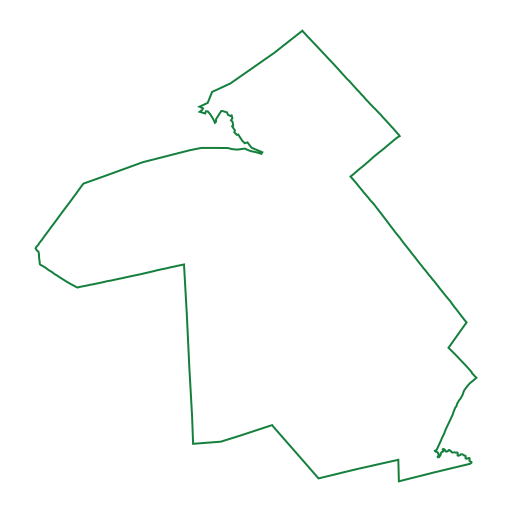 outline of Dracsenei, Teleorman, Romania
{"feature_id": "2599482B60737111178091", "entity_name": "Dracsenei", "entity_type": "district", "adm_level": 2, "iso_a3": "ROU", "parent_name": "Romania", "parent_adm1": "Teleorman", "projection": "robinson", "projection_center": [25.005, 44.217], "detail": "fine", "context": "isolated", "style": "outline", "palette": "green", "viewbox_px": 512, "rotation_deg": 0, "n_neighbors": 0, "source": "geoboundaries", "source_scale": "gbopen_adm2", "svg_char_len": 5934}
<svg xmlns="http://www.w3.org/2000/svg" viewBox="0 0 512 512"><path d="M35.6,248.4L36.2,249.3L36.6,250.1L36.9,250.4L37.3,250.8L38.0,251.2L38.3,251.6L38.5,251.9L38.7,252.8L38.8,253.9L39.0,254.2L39.0,256.3L39.1,258.2L39.4,259.9L39.6,261.5L39.7,262.4L39.7,263.1L39.8,263.8L40.0,264.3L40.2,264.6L40.6,264.9L41.5,265.4L42.4,265.8L42.9,266.1L45.5,267.7L47.2,269.0L49.0,270.3L51.0,271.5L51.9,272.0L52.8,272.7L53.7,273.4L54.8,274.2L56.7,275.3L59.4,277.1L61.1,278.2L62.4,279.0L66.2,281.4L67.9,282.4L70.8,284.1L74.2,285.9L77.3,287.5L78.2,287.4L79.7,286.9L81.4,286.6L83.9,286.1L87.6,285.4L89.7,284.9L93.5,284.2L102.2,282.4L106.7,281.3L111.3,280.5L116.7,279.3L120.5,278.5L132.0,276.0L140.2,274.3L144.0,273.4L149.3,272.2L154.8,270.9L157.3,270.2L159.9,269.7L161.3,269.3L163.1,269.0L164.4,268.7L165.2,268.6L168.1,267.9L171.4,267.1L173.6,266.7L176.6,266.0L184.0,264.5L186.8,314.1L189.3,366.9L192.1,416.5L193.1,443.8L220.7,441.7L239.6,435.8L272.1,425.1L272.7,426.0L300.3,457.5L318.5,478.4L357.7,468.9L398.3,459.8L398.9,481.3L433.8,472.5L470.0,463.8L470.3,463.6L470.7,463.3L471.3,462.9L471.5,462.6L471.4,462.0L471.1,461.8L470.4,461.5L469.9,461.1L469.5,460.8L469.4,460.3L469.5,459.6L469.7,458.7L469.6,458.3L469.3,458.1L468.9,458.0L468.4,458.1L467.4,458.5L466.5,458.7L466.0,458.6L465.7,458.5L465.5,458.2L465.5,457.8L465.6,457.2L465.7,456.5L465.7,456.1L465.5,455.9L465.2,455.7L464.2,455.5L463.8,455.2L463.2,454.7L462.7,454.4L461.7,454.3L461.1,454.3L460.8,454.3L460.3,455.0L459.9,455.2L458.5,455.7L458.1,455.7L457.8,455.6L457.6,455.4L457.6,454.8L457.7,453.7L457.7,453.1L457.6,452.8L457.2,452.6L456.7,452.5L455.4,452.6L455.1,452.5L454.7,452.3L454.3,452.3L452.6,452.5L452.2,452.5L451.9,452.4L451.7,452.2L451.4,451.9L451.2,451.6L451.0,451.3L450.5,450.9L449.7,450.2L449.4,450.1L448.9,450.0L448.7,450.1L448.6,450.5L448.1,451.0L447.5,451.3L447.0,451.5L446.5,451.5L446.1,451.5L445.8,451.4L445.6,451.2L445.6,450.9L445.5,450.6L444.1,449.2L443.6,449.0L443.3,449.0L443.0,449.1L442.7,449.3L442.7,449.6L442.9,449.9L443.4,450.5L443.5,450.9L443.4,451.2L443.1,451.5L442.0,451.9L441.7,452.2L441.4,452.5L440.9,453.3L440.7,453.7L440.7,454.1L440.7,454.5L440.6,454.8L440.4,455.2L440.0,455.9L439.2,456.9L438.9,457.2L438.5,457.3L438.1,457.3L437.9,457.2L437.7,456.6L437.9,456.4L438.4,455.9L438.7,455.4L438.8,455.0L438.7,454.6L438.6,454.3L438.3,454.0L438.2,453.8L437.9,452.8L437.7,452.4L437.3,452.1L436.8,451.9L436.2,451.7L435.8,451.7L435.6,451.7L435.2,451.4L435.0,450.9L435.4,450.9L435.6,450.9L435.9,450.4L436.2,450.3L436.5,450.0L436.5,449.6L436.7,449.4L437.0,449.2L437.7,447.7L437.8,447.5L437.8,447.1L438.0,446.8L438.8,445.3L439.2,444.3L440.4,441.7L441.1,440.1L442.2,437.5L443.7,434.5L444.3,433.3L444.8,431.8L446.0,428.8L447.1,426.5L449.8,420.8L451.1,418.0L451.7,416.7L452.5,415.1L453.1,413.4L453.3,412.5L453.7,411.5L454.2,410.4L454.5,409.4L454.8,408.7L455.0,408.2L455.5,407.4L456.1,406.6L456.4,406.3L457.0,404.2L457.2,403.6L457.9,402.4L458.6,401.1L459.5,399.8L460.5,398.6L462.7,394.6L463.8,391.2L464.7,389.6L467.7,385.7L469.7,383.4L476.4,377.8L472.0,373.2L471.7,372.2L466.4,366.2L460.6,360.1L454.7,353.9L448.5,347.8L449.8,346.0L461.0,330.2L463.0,327.4L466.6,322.4L464.6,320.1L460.2,314.4L457.7,311.1L455.1,307.8L454.4,307.0L453.5,305.7L451.9,303.6L450.3,301.2L449.3,300.1L446.0,296.2L443.8,293.4L442.3,291.5L440.3,289.1L438.4,286.6L434.8,282.0L433.9,280.9L432.9,279.8L431.8,278.4L430.1,276.3L429.0,275.1L428.1,273.8L426.5,271.8L425.3,270.3L424.1,268.9L423.2,267.9L422.1,266.3L420.2,264.0L418.9,262.4L416.1,258.8L415.4,257.8L414.7,256.9L411.5,253.0L410.0,250.9L409.0,249.7L407.8,248.2L405.9,245.8L404.8,244.4L403.2,242.4L402.1,241.0L400.6,238.9L399.7,237.6L396.7,234.0L396.0,233.1L395.4,232.4L392.5,228.5L391.0,226.6L390.1,225.4L388.6,223.4L386.4,220.4L386.0,219.9L383.8,217.1L383.1,216.1L381.9,214.6L380.5,212.7L379.3,211.3L377.9,209.3L376.7,207.9L374.5,204.9L370.1,200.0L369.2,198.9L368.3,197.6L367.5,196.8L366.3,195.4L365.5,194.3L365.3,194.1L363.6,192.3L362.6,190.9L361.7,189.8L360.6,188.5L357.9,185.2L356.6,183.6L355.1,181.8L353.5,180.0L352.7,179.0L351.7,177.9L350.9,177.1L350.5,176.5L352.0,175.4L353.9,173.8L355.5,172.4L357.1,171.0L358.6,169.7L359.3,169.1L362.0,167.0L364.5,165.0L366.3,163.3L367.8,162.1L369.5,160.6L373.8,156.7L375.3,155.5L379.7,151.9L380.4,151.4L381.7,150.4L383.9,148.6L386.5,146.4L388.5,144.7L390.3,143.2L391.8,142.0L393.7,140.3L395.5,138.9L396.8,137.9L397.8,137.2L398.6,136.7L399.7,136.1L399.1,135.2L397.6,133.6L396.4,132.1L395.4,131.0L394.1,129.5L392.8,128.0L391.2,126.4L389.7,124.6L388.3,123.1L387.1,121.8L386.1,120.7L384.8,119.3L382.0,116.3L381.0,115.0L379.8,113.8L378.8,112.8L375.1,108.9L373.5,107.4L371.9,105.7L370.8,104.7L368.4,102.0L367.3,100.9L366.6,100.2L365.3,98.7L363.4,96.4L362.2,95.3L360.5,93.4L358.6,91.2L357.3,90.0L353.4,85.6L352.4,84.5L351.6,83.6L351.0,82.9L350.3,82.2L350.0,81.7L346.5,78.4L344.8,76.4L342.6,74.0L335.1,65.7L331.3,61.6L330.3,60.6L328.2,58.4L323.8,53.6L321.0,50.7L318.4,47.9L312.8,42.0L311.0,40.1L307.2,36.1L304.0,32.6L303.1,31.7L302.4,30.7L274.3,52.8L230.3,83.5L212.1,91.9L207.7,102.9L199.5,106.7L203.0,108.3L202.2,109.9L199.7,111.8L205.2,113.5L205.9,111.3L207.8,111.4L210.1,114.1L213.2,119.0L214.9,122.8L215.9,121.9L216.1,119.1L221.2,111.1L222.4,111.0L227.0,112.4L228.0,114.8L230.4,116.0L231.6,115.4L232.4,118.3L231.0,120.4L232.5,121.7L233.2,125.7L232.1,126.3L234.9,130.4L234.3,132.3L236.9,134.9L238.2,134.5L242.2,140.7L244.7,143.2L247.5,142.4L251.5,147.7L262.3,152.3L261.4,153.8L256.8,152.4L250.5,151.0L247.1,149.7L245.0,148.6L237.2,149.6L233.0,149.2L231.9,149.1L227.9,148.0L201.3,147.9L189.5,150.3L147.9,160.9L142.8,162.2L104.8,176.0L83.5,183.6L82.9,184.2L81.9,185.6L79.5,188.9L75.6,194.3L72.7,198.2L71.4,200.0L69.4,202.7L65.6,207.7L62.9,211.3L60.9,214.0L58.4,217.4L54.9,222.2L51.1,227.2L49.1,230.0L47.5,232.1L45.7,234.5L44.0,236.8L42.5,239.0L41.4,240.5L40.2,241.9L39.6,242.7L39.1,243.4L38.8,243.9L38.5,244.5L37.7,245.4L36.9,246.3L36.2,247.2L35.8,247.8L35.6,248.4Z" fill="none" stroke="#15803d" stroke-width="2"/></svg>